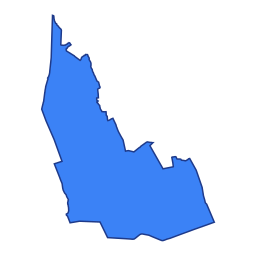 Stefan Cel Mare, Neamt, Romania
{"feature_id": "2599482B75219303037693", "entity_name": "Stefan Cel Mare", "entity_type": "district", "adm_level": 2, "iso_a3": "ROU", "parent_name": "Romania", "parent_adm1": "Neamt", "projection": "albers", "projection_center": [26.525, 47.014], "detail": "fine", "context": "isolated", "style": "filled", "palette": "blue", "viewbox_px": 256, "rotation_deg": 0, "n_neighbors": 0, "source": "geoboundaries", "source_scale": "gbopen_adm2", "svg_char_len": 3541}
<svg xmlns="http://www.w3.org/2000/svg" viewBox="0 0 256 256"><path d="M162.3,240.6L162.5,240.6L163.0,240.6L163.5,240.4L164.2,240.2L165.6,239.7L166.8,239.2L170.0,238.3L180.2,234.5L193.8,229.5L214.3,222.2L214.2,222.0L206.7,204.2L205.7,203.2L205.3,202.7L204.7,200.0L203.5,195.9L202.1,187.3L196.2,170.2L189.7,158.5L188.9,158.7L188.4,158.9L188.1,159.4L185.7,160.8L184.7,160.7L184.1,160.5L181.4,160.2L180.9,159.3L180.3,159.1L178.7,159.0L178.1,159.1L176.9,158.9L176.1,157.0L175.7,156.7L174.6,156.7L173.7,156.9L172.4,157.0L171.8,157.3L172.9,163.2L173.3,166.7L173.2,166.8L163.0,168.8L149.9,145.7L152.9,142.7L152.7,142.7L151.1,142.4L150.0,142.4L147.9,142.0L147.4,141.9L146.5,142.2L140.9,146.2L139.9,147.4L139.5,147.4L133.9,151.9L128.4,150.6L127.7,150.7L125.5,151.1L123.1,140.1L122.9,139.7L120.7,135.9L118.6,132.0L117.8,130.2L117.4,129.1L117.0,128.1L117.0,127.9L116.4,126.6L116.0,124.9L112.9,118.3L111.4,118.9L110.7,119.3L109.5,120.1L108.9,120.3L107.9,120.6L107.8,120.4L107.5,119.8L107.2,116.2L106.8,115.9L106.6,115.8L106.4,115.6L106.3,115.3L106.2,114.3L106.1,112.5L106.0,111.7L104.3,111.8L101.9,111.6L101.6,110.9L100.4,109.0L99.7,106.0L99.7,105.5L98.5,104.3L98.1,103.5L97.5,103.0L97.0,102.5L96.8,102.1L96.9,101.8L97.6,101.7L98.1,101.0L97.7,100.8L96.7,100.0L96.7,98.0L98.4,97.8L98.2,94.1L97.7,89.8L97.7,89.4L97.9,89.0L98.7,88.4L99.7,88.1L100.0,87.5L100.1,87.1L99.7,86.4L99.4,85.6L99.4,85.4L98.6,82.2L97.0,81.0L96.9,80.9L95.8,78.3L95.5,77.6L94.9,76.1L94.0,74.7L93.3,72.6L92.9,72.0L92.7,71.7L92.4,70.6L92.3,69.9L92.2,69.5L92.0,69.1L91.3,68.1L91.1,67.8L91.1,67.6L91.0,67.1L90.9,66.6L90.7,66.3L90.7,66.1L91.0,65.5L91.0,64.8L91.0,64.1L91.0,63.6L90.9,63.1L90.6,62.1L90.0,61.1L89.8,60.7L89.6,60.4L89.4,60.1L89.1,59.4L89.2,58.8L89.2,58.3L89.0,57.7L88.8,57.3L88.2,56.5L88.0,56.2L88.0,55.7L87.5,54.6L85.9,54.5L85.6,54.5L85.5,54.8L85.2,55.2L84.8,55.5L84.3,55.3L83.9,55.8L82.8,56.5L81.8,57.2L81.4,58.0L81.1,59.1L80.9,59.5L80.4,60.2L80.1,60.4L74.6,56.3L74.4,55.9L66.5,51.0L66.1,49.7L66.4,48.5L66.9,48.5L67.4,47.8L68.0,46.9L68.3,46.4L68.7,46.2L69.3,46.1L71.0,44.8L70.5,44.2L69.8,43.0L69.1,42.7L69.0,42.9L68.7,43.0L68.2,43.1L67.6,43.5L67.5,43.9L67.2,44.0L66.8,44.2L66.6,44.3L66.4,44.5L66.1,44.5L65.8,44.8L65.4,45.1L64.6,45.1L64.0,45.3L63.1,45.3L62.8,45.2L62.5,45.3L62.2,45.2L61.4,45.2L61.0,45.0L60.8,44.7L61.4,30.3L61.0,29.2L60.4,28.7L59.5,27.8L58.7,26.9L58.3,26.2L57.5,25.5L56.9,24.9L56.8,24.5L56.6,23.8L56.1,23.5L55.7,23.4L55.3,22.7L55.2,22.2L54.9,21.7L54.6,21.3L54.0,18.5L53.9,17.0L53.8,16.0L53.5,15.6L52.9,15.6L52.5,15.4L51.2,57.8L49.7,72.0L49.7,72.4L49.3,74.6L49.1,75.0L48.8,76.0L48.5,77.0L48.2,77.1L47.6,78.1L47.9,78.5L48.0,79.0L47.6,80.0L47.0,82.1L46.1,85.2L45.6,87.0L45.6,87.7L45.5,88.2L45.1,90.2L44.9,92.2L44.8,92.3L43.7,101.0L43.6,101.8L43.3,102.2L43.3,102.6L42.6,105.3L42.3,106.5L41.7,109.2L46.0,120.8L54.2,139.7L62.0,161.3L54.3,163.8L59.5,177.0L60.6,180.0L62.1,183.6L62.7,188.1L63.2,190.1L64.6,193.0L66.1,194.7L66.7,196.6L68.3,199.5L68.4,199.8L68.0,200.9L68.1,201.1L67.9,201.8L67.8,202.2L67.7,202.3L67.7,203.6L67.8,204.2L68.0,204.2L68.1,204.7L68.1,204.8L68.1,205.1L68.3,206.4L68.5,207.4L68.6,209.0L68.6,209.4L68.7,210.3L68.5,211.5L68.1,212.7L67.5,213.5L66.8,213.8L66.3,214.1L66.4,215.1L67.1,215.8L67.5,216.1L70.1,222.8L79.6,221.2L100.0,222.0L107.6,237.6L125.7,238.7L130.3,239.0L132.4,239.2L133.6,239.1L134.0,239.1L134.2,238.9L134.8,238.6L136.0,237.7L137.7,236.3L139.7,234.7L140.2,234.4L140.6,234.3L141.3,234.0L142.6,234.0L144.6,234.4L148.9,235.2L152.1,236.6L160.1,239.9L161.7,240.5L162.3,240.6Z" fill="#3b82f6" stroke="#1e3a8a" stroke-width="1.5"/></svg>